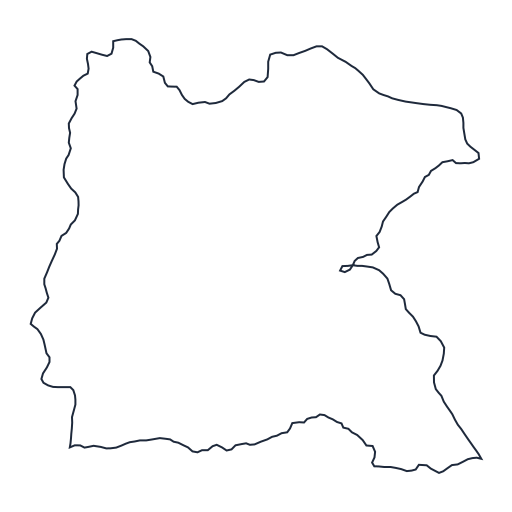 Varzelândia, Minas Gerais, Brazil
{"feature_id": "56859067B50671796395977", "entity_name": "Varzelândia", "entity_type": "district", "adm_level": 2, "iso_a3": "BRA", "parent_name": "Brazil", "parent_adm1": "Minas Gerais", "projection": "albers", "projection_center": [-43.92, -15.637], "detail": "fine", "context": "isolated", "style": "outline", "palette": "slate", "viewbox_px": 512, "rotation_deg": 0, "n_neighbors": 0, "source": "geoboundaries", "source_scale": "gbopen_adm2", "svg_char_len": 4266}
<svg xmlns="http://www.w3.org/2000/svg" viewBox="0 0 512 512"><path d="M69.8,447.4L74.8,445.3L80.2,445.4L84.5,447.6L88.4,446.9L93.6,445.8L100.7,446.9L106.3,448.4L110.6,448.3L116.2,447.6L121.4,445.6L125.7,443.7L129.8,442.2L134.6,441.5L139.9,440.4L146.2,440.4L151.8,439.5L159.8,438.1L165.8,438.8L170.1,439.4L173.6,441.7L178.3,442.7L183.5,445.3L188.0,447.4L192.5,451.4L197.5,452.3L202.0,450.2L207.8,450.2L212.6,446.2L216.7,444.8L222.0,447.4L226.6,450.5L231.5,449.4L235.5,445.3L241.5,444.1L246.1,443.3L249.9,444.8L254.6,444.4L260.8,441.7L267.3,439.4L272.1,436.8L276.9,435.7L281.6,433.2L287.2,432.3L290.0,428.5L292.3,423.1L299.2,422.2L304.0,422.5L307.2,418.9L311.6,417.5L316.0,417.2L319.9,414.5L324.5,415.1L328.4,417.5L332.7,419.3L337.0,422.0L341.5,423.4L343.3,427.6L348.4,428.8L351.9,432.3L357.2,435.0L362.7,440.1L366.4,445.5L372.6,446.0L375.1,451.8L374.5,457.4L372.1,462.6L374.3,466.3L378.4,466.4L384.2,467.0L390.6,467.0L395.7,467.9L401.2,469.1L406.8,471.1L411.6,470.6L415.7,469.5L418.9,464.8L426.7,465.3L430.8,468.6L434.6,470.6L439.0,472.9L443.2,471.3L447.2,468.4L451.9,465.1L457.7,464.4L463.1,461.7L467.8,459.2L472.4,458.1L476.7,457.7L481.3,458.8L478.7,454.2L476.2,450.6L473.5,446.9L471.0,443.3L468.3,439.5L464.8,434.4L461.2,429.0L457.8,424.7L454.9,419.6L452.3,414.2L449.7,410.4L447.0,406.6L443.8,401.7L441.4,395.8L438.6,392.7L435.8,389.1L434.0,382.4L433.9,375.5L437.5,370.9L440.5,365.8L442.5,360.5L443.8,353.7L444.2,347.6L440.8,341.2L436.5,336.7L430.4,336.0L424.6,334.7L420.5,332.7L418.6,326.4L416.0,321.4L413.0,316.7L409.0,312.7L405.8,309.1L405.0,304.2L404.1,299.2L400.5,295.2L395.3,293.8L391.1,290.3L389.2,283.8L387.4,278.6L383.1,273.7L379.1,270.2L372.8,267.4L366.8,266.5L362.3,265.9L357.5,265.9L352.8,265.2L354.7,260.9L357.9,258.0L363.1,256.9L367.0,254.9L371.7,254.6L376.3,251.0L379.1,247.3L377.6,242.1L376.4,236.0L379.6,232.0L381.7,226.6L383.0,221.5L386.3,216.7L389.3,212.0L392.8,208.5L397.3,204.7L402.4,201.8L406.1,199.6L410.2,196.6L413.9,193.7L417.6,192.1L419.0,187.0L422.7,181.4L424.9,177.0L428.8,174.9L431.0,170.9L435.4,168.2L438.9,165.5L442.4,162.2L447.4,161.3L452.6,160.1L456.0,163.1L460.5,163.3L464.8,163.0L468.9,163.3L473.3,162.2L479.1,158.8L478.5,153.0L474.4,149.8L470.4,146.7L467.2,143.6L465.3,139.4L464.2,132.8L463.4,127.9L463.4,122.9L462.9,117.6L461.2,113.5L456.6,110.0L450.7,108.2L446.6,107.2L441.5,105.9L436.8,105.2L430.3,104.8L423.6,104.1L416.9,103.2L410.7,102.3L405.7,101.6L398.1,99.9L392.1,98.3L388.0,96.4L383.5,95.0L379.2,93.4L373.3,89.3L369.3,83.3L366.2,79.2L362.8,74.8L358.5,70.9L355.2,68.1L351.6,66.0L345.9,62.0L337.9,57.8L332.8,53.7L327.0,49.2L322.0,46.3L316.6,46.3L310.7,48.5L305.1,50.9L299.1,53.0L293.5,55.2L287.3,55.2L280.9,52.5L275.7,52.8L270.2,54.6L268.2,61.7L268.2,68.9L267.6,77.1L264.0,81.5L258.7,81.9L253.8,80.1L249.2,79.5L244.3,81.9L239.1,86.8L234.3,90.8L229.4,94.4L226.1,98.3L222.2,101.1L215.8,103.0L209.5,103.7L205.0,102.0L198.5,102.7L192.6,104.1L188.2,101.8L184.7,98.9L181.9,94.9L179.5,90.1L176.7,86.7L172.1,86.6L167.8,86.4L164.9,82.8L163.3,76.5L158.7,73.6L153.3,71.7L152.2,66.2L149.7,62.4L150.4,57.0L148.2,51.0L143.2,46.3L139.3,43.6L135.8,40.8L131.5,39.1L126.6,39.1L121.4,39.5L117.5,40.2L113.2,41.2L113.2,47.7L111.5,53.7L107.1,56.0L101.9,54.7L96.5,53.1L91.6,51.7L87.3,54.0L86.9,58.8L88.0,64.0L88.6,68.7L87.7,73.6L83.4,75.7L79.7,78.8L76.7,81.5L74.5,85.6L77.6,89.1L77.6,95.0L75.5,101.2L76.6,108.6L74.6,113.6L71.6,118.2L68.8,123.5L69.0,128.1L70.1,132.8L69.3,137.8L68.8,142.7L70.8,148.3L68.6,155.0L66.2,158.6L64.5,164.1L63.6,169.8L63.9,177.4L67.9,183.9L71.2,188.6L75.3,192.4L78.1,196.9L78.5,201.2L78.6,205.3L78.1,209.4L77.9,213.9L74.9,220.4L70.8,224.5L69.1,228.5L66.2,232.9L61.5,235.9L59.4,240.8L56.8,243.9L57.0,248.7L54.8,254.5L51.6,261.4L49.3,266.6L47.1,272.2L44.3,278.7L44.3,284.3L45.6,288.3L46.8,292.8L48.4,297.7L46.3,302.6L40.8,307.4L35.1,312.6L32.2,318.3L30.7,323.9L33.9,326.6L37.4,329.1L40.9,334.0L43.4,339.6L44.6,344.6L46.5,353.3L49.5,357.3L49.5,362.0L46.9,367.4L43.0,373.4L41.4,379.0L43.5,382.8L48.1,385.4L53.0,386.9L57.3,387.1L62.9,387.1L70.3,387.1L73.3,390.1L75.0,395.4L75.4,399.7L75.4,404.6L73.9,410.2L72.0,417.1L72.2,422.7L71.8,428.7L71.3,433.7L71.0,438.2L70.5,443.3L69.8,447.4ZM352.8,265.2L349.9,269.6L344.8,272.1L340.1,270.6L342.4,266.1L347.8,265.9L352.8,265.2Z" fill="none" stroke="#1e293b" stroke-width="2"/></svg>